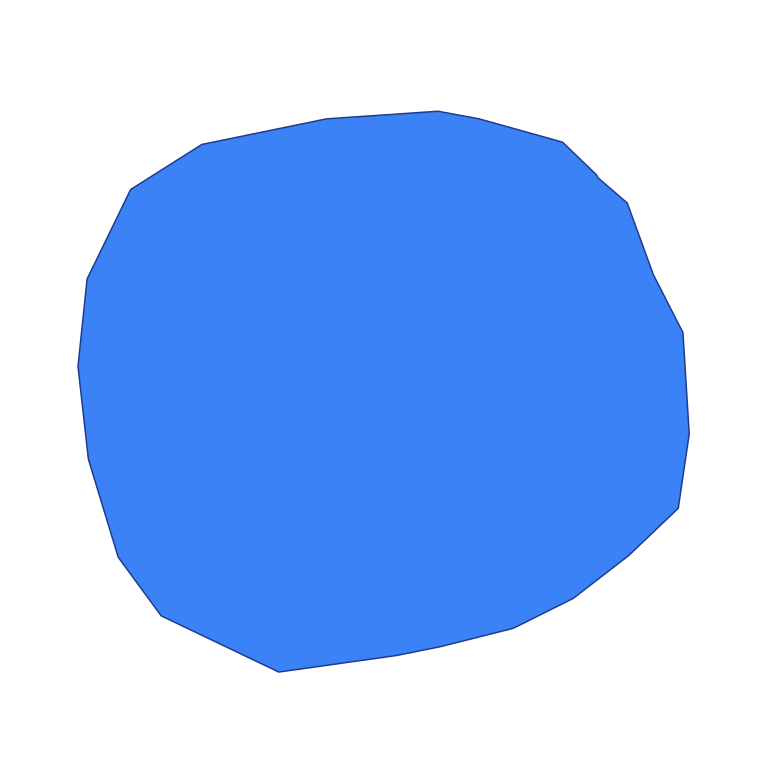 outline of Dibaya-Lubwe, Bandundu, Democratic Republic of the Congo, rotated 352°
{"feature_id": "63176286B25992661497472", "entity_name": "Dibaya-Lubwe", "entity_type": "district", "adm_level": 2, "iso_a3": "COD", "parent_name": "Democratic Republic of the Congo", "parent_adm1": "Bandundu", "projection": "orthographic", "projection_center": [19.864, -4.155], "detail": "fine", "context": "isolated", "style": "filled", "palette": "blue", "viewbox_px": 768, "rotation_deg": 352, "n_neighbors": 0, "source": "geoboundaries", "source_scale": "gbopen_adm2", "svg_char_len": 480}
<svg xmlns="http://www.w3.org/2000/svg" viewBox="0 0 768 768"><g transform="rotate(352 384 384)"><path d="M308.5,654.6L358.8,654.6L403.9,651.9L478.0,643.9L541.6,622.6L602.5,587.9L658.1,548.0L679.3,476.0L687.2,374.7L666.0,313.4L650.1,238.7L624.4,209.3L623.7,206.7L594.5,169.4L515.1,134.7L475.4,121.4L364.1,113.4L237.0,121.4L160.2,156.1L104.6,238.7L83.4,324.0L80.8,417.3L96.7,518.6L131.1,582.6L239.7,654.6L308.5,654.6Z" fill="#3b82f6" stroke="#1e3a8a" stroke-width="1.5"/></g></svg>